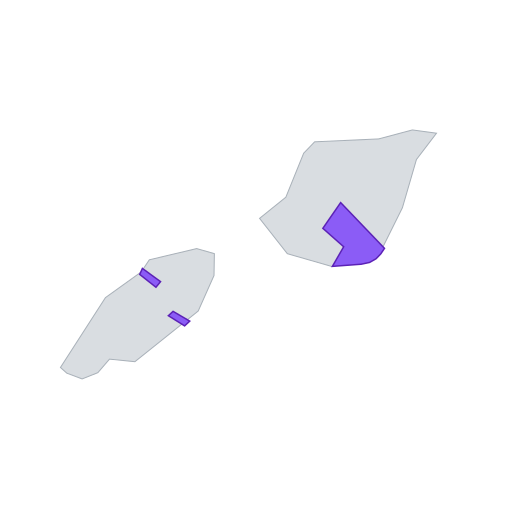 where Gaga'emauga sits in Samoa, rotated 123°
{"feature_id": "WSM-4990", "entity_name": "Gaga'emauga", "entity_type": "state/province", "adm_level": 1, "iso_a3": "WSM", "parent_name": "Samoa", "parent_adm1": "", "projection": "natural_earth1", "projection_center": [-172.104, -13.734], "detail": "fine", "context": "in_parent", "style": "filled", "palette": "violet", "viewbox_px": 512, "rotation_deg": 123, "n_neighbors": 0, "source": "natural_earth", "source_scale": "10m", "svg_char_len": 820}
<svg xmlns="http://www.w3.org/2000/svg" viewBox="0 0 512 512"><g transform="rotate(123 256 256)"><path d="M189.5,153.3L223.5,186.7L237.0,231.0L222.5,273.5L190.4,263.0L143.8,272.0L128.3,269.0L91.0,216.9L65.1,193.5L54.7,171.5L87.7,174.0L135.8,159.5L189.5,153.3ZM456.0,359.3L372.9,359.6L331.9,343.6L317.3,343.4L282.1,309.8L276.7,292.2L295.2,280.6L333.6,274.5L410.6,300.0L422.3,322.7L440.0,325.1L453.8,334.9L457.3,350.8L456.0,359.3Z" fill="#d9dde1" stroke="#a8b0b8" stroke-width="1"/><path d="M179.6,152.4L186.2,152.5L192.9,153.8L199.5,157.2L205.6,163.3L223.1,186.3L200.5,187.5L196.4,215.0L185.3,214.7L172.1,214.3L165.1,214.1L179.6,152.4ZM334.8,343.5L328.3,344.5L329.5,322.1L336.7,322.9L334.8,343.5ZM346.7,276.1L353.5,277.8L353.8,297.0L347.6,295.4L346.7,276.1Z" fill="#8b5cf6" stroke="#5b21b6" stroke-width="1.5"/></g></svg>